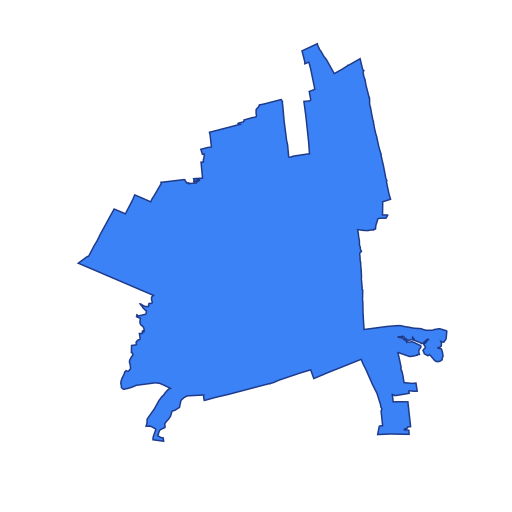 Brebeni, Olt, Romania, rotated 351°
{"feature_id": "2599482B35744106763327", "entity_name": "Brebeni", "entity_type": "district", "adm_level": 2, "iso_a3": "ROU", "parent_name": "Romania", "parent_adm1": "Olt", "projection": "natural_earth1", "projection_center": [24.489, 44.373], "detail": "fine", "context": "isolated", "style": "filled", "palette": "blue", "viewbox_px": 512, "rotation_deg": 351, "n_neighbors": 0, "source": "geoboundaries", "source_scale": "gbopen_adm2", "svg_char_len": 6138}
<svg xmlns="http://www.w3.org/2000/svg" viewBox="0 0 512 512"><g transform="rotate(351 256 256)"><path d="M351.1,443.5L348.2,451.4L360.8,452.8L379.3,456.1L379.7,452.0L377.3,451.2L375.5,451.1L375.3,450.8L376.0,449.9L377.2,450.0L378.2,449.8L378.9,448.7L382.0,448.7L383.2,423.8L375.1,422.4L368.6,421.5L368.9,416.5L368.9,414.1L370.1,414.5L370.7,415.5L373.2,415.7L385.6,415.6L385.9,415.5L385.9,415.3L385.6,413.3L386.2,413.1L391.5,414.4L394.1,414.7L394.1,406.5L390.4,406.3L382.4,404.2L382.4,398.3L382.2,393.5L381.8,392.9L382.0,391.7L381.2,390.5L381.8,389.3L381.9,387.8L381.3,376.6L381.0,373.8L381.2,373.5L391.9,379.3L395.1,379.5L399.6,379.2L399.6,378.8L399.9,378.7L402.0,378.8L401.8,376.5L401.9,375.2L402.7,373.9L404.6,371.9L404.7,370.9L404.6,370.4L403.3,369.4L397.3,365.3L396.3,365.1L394.5,365.2L392.5,364.7L391.5,365.0L391.3,364.6L391.7,364.0L390.3,362.6L389.1,361.9L388.6,360.8L387.0,359.5L383.9,358.6L383.7,358.4L383.7,358.1L385.0,358.1L387.5,358.7L387.7,358.1L388.4,358.2L388.5,358.9L389.6,359.1L390.3,360.8L391.7,361.7L392.2,362.6L394.1,363.2L396.3,363.0L397.2,363.3L397.9,362.7L397.8,360.9L398.0,360.6L399.3,362.8L398.7,363.4L398.6,363.7L404.7,367.3L405.4,368.2L405.8,368.4L406.7,368.3L408.5,367.5L411.8,365.3L412.5,365.1L413.1,365.2L413.3,365.5L411.8,366.4L409.6,368.6L407.8,369.4L409.1,372.5L408.9,373.1L406.9,374.5L406.1,375.5L406.7,377.2L406.9,378.9L410.2,381.4L412.1,380.6L416.2,387.3L417.8,388.5L420.1,388.9L421.8,388.5L423.5,387.7L423.7,387.3L423.8,386.2L424.8,384.8L425.1,384.0L425.1,379.9L424.6,376.9L424.1,376.5L421.7,375.8L421.5,375.6L421.4,375.0L423.3,374.9L424.7,374.1L425.1,373.2L425.5,371.3L425.5,370.4L425.2,369.2L426.7,370.2L428.0,370.5L430.5,368.0L431.0,366.8L432.7,360.1L432.4,359.6L425.9,356.5L420.6,356.5L418.9,357.0L412.6,356.0L410.3,355.1L407.7,353.6L400.3,351.9L394.4,349.7L393.4,349.6L387.9,347.4L384.8,346.9L374.8,346.1L351.2,345.5L352.7,329.8L354.4,317.6L354.3,316.3L356.1,306.3L355.6,305.9L355.6,305.1L355.9,303.9L356.5,294.9L357.0,292.8L357.8,285.4L357.8,283.3L358.3,279.1L358.2,275.7L358.6,273.4L358.7,270.1L359.2,269.1L360.5,268.3L360.9,267.7L360.4,266.8L360.2,266.0L360.2,264.8L360.4,263.6L360.0,262.0L359.9,261.2L360.5,257.2L360.4,252.8L360.6,249.9L360.5,245.8L366.0,247.5L370.3,248.4L373.5,248.3L376.2,248.7L376.3,248.2L376.7,248.0L378.2,248.1L379.2,244.4L382.3,238.3L383.6,238.1L385.8,238.3L390.3,239.0L392.5,236.3L392.4,236.1L387.4,235.2L389.4,223.7L389.5,222.3L397.8,221.0L397.1,216.0L396.6,207.1L396.5,203.5L396.6,202.8L397.1,201.9L396.6,200.8L396.4,199.7L396.0,186.9L395.3,177.0L395.5,174.7L395.2,173.6L394.4,167.5L393.8,156.5L393.4,154.2L393.0,148.2L392.9,142.5L393.1,141.6L392.7,140.1L392.5,135.3L392.3,126.9L392.1,125.6L392.0,124.3L392.2,121.9L392.6,120.2L392.8,117.0L392.7,116.7L392.5,116.8L391.3,104.1L391.3,99.2L390.6,95.5L390.5,92.0L390.6,90.8L391.5,89.9L391.5,89.7L390.7,88.8L390.5,88.3L389.7,77.4L377.8,81.9L376.4,82.0L375.6,82.7L369.5,85.3L361.8,88.1L356.2,72.8L354.3,69.6L352.1,63.7L351.1,62.1L350.7,60.3L349.8,57.4L349.8,55.9L333.5,60.6L334.5,71.0L334.6,72.8L334.3,73.2L334.3,73.8L338.5,72.8L339.2,78.9L340.2,100.4L338.1,101.1L334.3,101.8L334.5,109.9L334.2,110.8L332.9,111.2L327.5,110.8L327.1,126.2L325.8,151.9L324.8,163.5L322.2,163.3L308.4,163.2L305.5,163.8L304.2,163.6L303.8,163.0L304.6,151.2L304.3,146.9L304.9,126.8L305.9,112.6L306.0,108.9L306.3,107.5L305.3,105.4L287.8,107.1L283.0,107.3L282.7,107.5L282.6,108.2L282.3,108.7L279.2,111.2L278.9,112.0L278.4,115.2L278.4,117.6L278.0,118.4L276.5,118.8L274.2,118.7L265.4,119.8L265.3,120.7L264.6,121.5L259.3,122.1L259.0,122.4L260.7,123.5L229.4,126.5L229.6,129.4L229.0,141.4L225.0,141.3L218.2,142.0L219.0,147.1L220.8,147.1L220.3,149.9L219.0,152.8L218.8,155.0L216.4,154.7L215.4,170.7L206.5,169.9L206.8,171.1L206.4,171.9L206.2,172.7L207.0,173.2L209.3,171.9L211.7,171.5L212.1,171.9L212.0,172.5L209.4,173.3L208.6,174.5L200.8,174.0L200.9,173.2L198.9,173.1L198.6,171.9L197.9,170.8L197.6,169.5L197.2,169.3L173.6,168.4L173.8,169.3L173.3,170.1L165.6,179.6L162.3,183.3L160.5,186.0L145.8,176.7L143.1,181.0L133.6,193.9L123.2,187.4L104.2,212.0L103.9,213.2L103.0,213.8L101.4,216.2L97.6,220.7L90.8,229.9L90.1,230.3L89.3,230.1L79.3,235.3L148.6,278.9L147.4,279.5L146.4,280.4L146.0,282.8L146.3,285.4L146.1,286.0L145.4,286.5L143.5,286.1L142.8,286.3L142.4,286.9L142.5,288.2L141.7,289.1L138.4,288.4L137.1,287.6L134.6,285.3L134.1,285.2L134.5,286.2L135.7,288.0L136.2,289.4L137.8,291.7L139.2,293.2L138.9,293.8L138.7,295.1L138.3,295.8L137.5,296.3L132.1,296.7L130.0,296.7L129.4,295.5L129.2,295.4L128.9,296.6L128.5,297.2L129.9,298.3L132.1,299.3L131.1,302.5L131.0,304.4L131.5,306.1L133.3,307.9L133.9,309.6L134.0,311.8L132.1,312.4L132.2,313.0L133.6,312.8L133.6,313.3L131.7,313.6L131.7,314.8L128.7,314.3L128.7,319.6L127.9,320.4L126.8,320.4L125.6,320.9L124.8,321.7L124.8,322.1L124.0,322.5L124.1,324.8L123.1,325.0L119.1,324.9L117.8,331.9L118.4,332.2L119.0,333.3L118.8,334.5L118.7,335.0L117.6,335.6L115.8,338.0L114.9,339.1L114.6,340.1L114.4,341.3L114.7,343.5L114.7,345.4L114.4,347.8L111.9,349.9L111.4,349.9L109.7,348.9L108.0,350.3L107.4,351.9L104.6,355.7L103.0,358.8L102.9,359.8L102.5,360.5L102.7,363.1L102.5,364.8L103.4,366.1L104.4,366.9L105.2,367.1L106.1,366.8L107.9,366.8L111.4,366.4L114.1,365.9L117.5,365.0L136.7,365.5L140.7,366.6L143.7,368.4L150.7,373.3L149.1,373.8L147.8,374.5L145.1,376.7L143.1,378.8L140.9,380.3L138.4,382.8L137.9,383.1L131.7,391.1L123.0,400.0L122.1,404.2L120.8,407.0L122.3,407.1L124.2,407.6L124.3,407.3L125.7,407.9L129.8,411.1L129.9,411.7L126.3,418.3L125.6,420.5L125.5,421.4L135.8,424.5L135.9,421.2L133.8,420.5L130.9,418.2L130.9,417.5L131.7,416.8L132.1,415.6L133.2,413.6L134.5,412.5L139.2,411.2L139.5,410.2L139.6,407.5L141.6,405.4L144.3,403.3L146.5,400.9L148.8,396.1L151.8,395.7L156.6,393.6L157.0,393.1L157.5,391.3L159.4,386.8L162.9,384.5L166.3,383.4L182.6,385.1L182.2,387.6L182.3,390.6L182.6,390.6L194.0,389.3L206.8,388.4L244.4,384.6L249.1,384.2L250.1,384.4L250.7,384.0L253.3,383.8L259.4,382.2L280.4,378.6L292.2,377.0L293.9,386.1L308.0,382.6L343.7,374.5L344.9,379.5L346.7,384.9L351.0,401.3L354.0,410.6L355.7,421.9L355.7,424.6L356.5,426.7L355.3,428.6L354.5,443.5L351.9,443.2L351.1,443.5Z" fill="#3b82f6" stroke="#1e3a8a" stroke-width="1.5"/></g></svg>